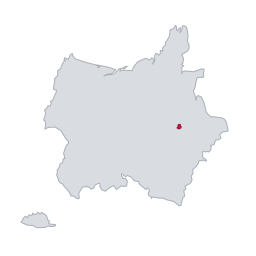 Val-de-Marne highlighted on a map of France, rotated 94°
{"feature_id": "FRA-5350", "entity_name": "Val-de-Marne", "entity_type": "Metropolitan department", "adm_level": 1, "iso_a3": "FRA", "parent_name": "France", "parent_adm1": "", "projection": "orthographic", "projection_center": [2.475, 48.774], "detail": "fine", "context": "in_parent", "style": "filled", "palette": "rose", "viewbox_px": 256, "rotation_deg": 94, "n_neighbors": 0, "source": "natural_earth", "source_scale": "10m", "svg_char_len": 3862}
<svg xmlns="http://www.w3.org/2000/svg" viewBox="0 0 256 256"><g transform="rotate(94 128 128)"><path d="M196.5,99.5L194.8,100.6L193.9,102.6L192.8,103.1L190.8,103.3L189.8,102.1L187.4,103.0L186.5,104.3L188.1,105.8L183.6,112.3L180.7,114.1L180.2,118.2L176.8,121.4L175.6,124.7L175.5,125.4L176.4,126.4L176.1,128.5L174.4,129.9L174.4,131.3L175.0,131.4L177.7,130.2L178.8,128.9L178.1,127.2L180.8,125.0L185.9,125.3L186.7,128.0L186.1,130.4L190.1,135.2L187.0,137.7L186.9,139.3L190.5,144.2L192.6,146.1L191.7,149.6L188.3,152.0L186.1,151.9L185.2,152.5L185.3,153.6L187.0,156.6L190.9,158.4L191.6,160.7L190.6,161.5L189.1,165.2L189.9,166.8L189.7,167.6L190.1,168.8L191.2,169.9L196.7,172.6L201.4,171.7L202.2,173.4L199.5,178.1L199.8,180.2L198.3,180.3L198.1,181.0L195.2,182.8L190.6,187.7L188.4,189.2L187.6,191.6L186.3,193.0L179.5,196.0L178.1,195.4L174.7,195.7L172.5,194.1L168.4,193.2L167.0,190.8L163.2,190.5L162.9,188.8L157.6,190.5L150.1,188.5L147.4,186.1L145.3,186.8L143.4,189.0L135.4,194.7L132.2,200.6L132.9,207.4L134.8,210.8L129.8,210.3L126.8,211.3L126.0,212.7L119.0,211.0L116.4,212.4L115.7,212.3L114.7,210.9L111.3,209.2L111.8,208.1L111.4,207.1L108.1,206.3L107.0,207.2L105.8,205.2L96.8,202.0L95.3,202.0L94.6,205.0L88.8,204.8L88.0,204.2L84.2,204.7L80.3,201.7L75.8,202.1L73.2,199.1L70.6,198.7L66.9,197.1L65.2,196.2L65.1,195.3L63.9,196.6L62.5,196.2L62.3,195.8L63.2,194.2L63.5,192.3L58.9,190.6L57.8,189.2L57.8,188.4L60.3,187.9L62.7,185.4L65.2,175.9L67.3,164.6L68.5,162.5L69.9,162.0L68.9,160.4L67.4,162.4L68.7,152.0L70.7,144.3L74.3,147.6L75.1,149.1L76.1,153.8L78.1,155.8L76.8,153.9L75.7,147.6L74.9,145.8L69.1,140.3L69.0,139.1L71.6,139.9L70.7,136.0L70.4,127.8L66.9,126.8L61.4,123.0L57.8,116.6L57.4,114.2L58.6,111.8L57.8,110.2L56.2,109.0L57.6,107.0L58.8,106.8L62.8,108.3L59.6,106.1L54.1,106.4L52.0,105.6L51.7,104.1L53.3,102.3L51.6,101.0L48.5,101.1L48.2,100.5L49.2,99.3L48.4,98.7L45.9,99.0L44.5,98.5L43.3,96.9L39.2,96.2L38.4,95.3L33.0,93.0L27.2,92.8L25.8,89.6L22.4,87.8L23.2,86.9L26.8,86.3L27.6,85.5L25.1,84.0L24.4,82.7L29.1,82.8L27.1,81.3L22.5,80.9L22.1,79.0L22.8,77.2L25.6,75.8L32.3,74.5L37.1,74.9L40.7,73.0L44.0,72.6L47.1,73.9L51.1,79.6L54.6,77.5L59.7,77.8L60.7,79.2L62.2,76.9L63.3,78.4L69.5,78.2L68.1,77.2L67.1,74.9L67.3,66.5L64.5,60.2L63.8,58.0L64.1,56.1L67.7,56.6L70.8,56.0L72.3,56.6L72.4,60.5L73.6,62.9L82.1,63.9L86.9,65.3L91.1,63.3L95.0,62.4L95.3,61.9L93.1,62.0L91.1,61.0L90.9,59.9L92.0,56.9L98.0,53.7L106.6,51.0L108.8,49.1L111.4,45.7L110.8,44.8L111.3,35.4L112.6,32.3L115.8,30.1L123.9,27.9L125.0,30.9L124.9,32.6L127.1,35.2L128.2,36.0L131.7,34.6L133.5,37.0L134.0,39.8L138.4,40.9L139.7,44.5L140.5,43.7L143.2,43.8L144.5,44.1L146.3,45.6L145.8,47.8L146.6,48.8L145.9,50.9L146.4,51.7L151.4,51.6L152.9,50.6L153.5,48.6L155.0,47.4L155.6,47.7L154.8,51.5L155.5,52.4L155.9,55.1L157.8,55.2L161.6,57.2L164.9,60.6L168.7,59.9L171.8,61.7L175.0,60.5L178.0,61.4L179.1,62.4L182.1,67.2L184.2,66.1L185.8,66.6L186.3,68.0L192.0,66.8L193.1,68.1L194.3,68.5L201.7,69.9L201.9,71.7L198.1,77.3L196.8,84.9L195.7,87.6L195.4,89.6L195.8,90.9L195.7,92.9L195.1,97.9L195.7,99.3L196.5,99.5ZM231.6,198.0L231.5,201.1L232.8,203.2L233.9,212.0L231.9,216.5L231.9,221.7L229.5,228.1L224.7,225.7L223.2,224.3L224.3,221.9L221.5,220.8L222.0,218.5L221.6,217.4L219.8,217.4L219.6,216.8L220.8,215.0L220.7,213.9L218.9,212.6L218.5,211.5L220.1,210.0L219.2,208.8L218.2,208.5L220.2,204.3L221.7,203.0L225.2,201.6L226.5,199.9L228.9,200.5L229.2,200.1L229.5,193.7L230.3,193.5L231.1,194.3L231.6,198.0ZM69.6,136.4L69.0,138.2L66.9,134.9L66.6,133.1L69.6,136.4Z" fill="#d9dde1" stroke="#a8b0b8" stroke-width="1"/><path d="M123.3,75.2L123.8,75.4L124.4,75.8L124.9,76.3L125.0,77.6L124.9,77.9L124.8,78.1L124.7,78.3L124.6,78.5L124.4,78.8L124.2,78.7L123.7,77.9L122.1,78.1L121.8,78.1L121.4,77.7L121.1,77.5L121.1,77.3L121.1,76.8L121.2,76.4L121.3,76.1L122.8,76.1L123.0,76.0L123.1,75.7L123.3,75.2Z" fill="#f43f5e" stroke="#9f1239" stroke-width="1.5"/></g></svg>